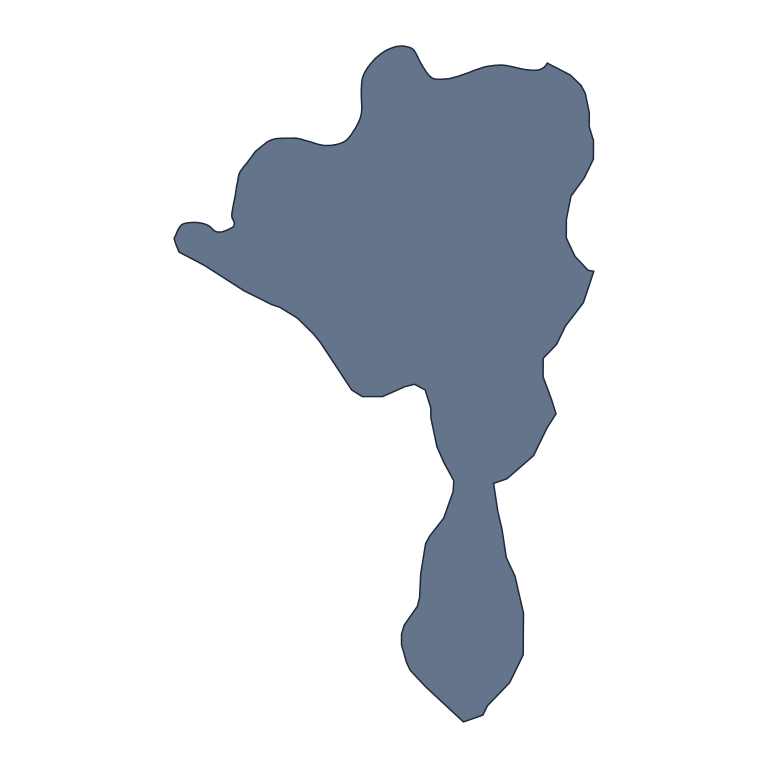 Usi, Chagang-do, North Korea (Natural Earth projection)
{"feature_id": "82179303B10804861284408", "entity_name": "Usi", "entity_type": "district", "adm_level": 2, "iso_a3": "PRK", "parent_name": "North Korea", "parent_adm1": "Chagang-do", "projection": "natural_earth1", "projection_center": [125.541, 40.577], "detail": "fine", "context": "isolated", "style": "filled", "palette": "slate", "viewbox_px": 768, "rotation_deg": 0, "n_neighbors": 0, "source": "geoboundaries", "source_scale": "gbopen_adm2", "svg_char_len": 5842}
<svg xmlns="http://www.w3.org/2000/svg" viewBox="0 0 768 768"><path d="M547.3,63.1L547.2,63.3L546.5,64.3L545.9,65.3L545.1,66.1L544.4,66.9L543.4,67.8L542.2,68.5L541.1,69.0L539.9,69.5L538.5,69.9L537.2,70.1L535.4,70.2L533.4,70.2L531.6,70.2L529.7,70.0L528.2,69.9L526.5,69.7L524.9,69.5L523.2,69.2L521.2,68.8L519.8,68.5L518.6,68.2L517.0,67.8L515.6,67.5L514.0,67.1L512.6,66.8L511.3,66.5L509.0,66.1L506.9,65.6L505.1,65.4L503.7,65.2L501.8,65.1L500.5,65.1L498.9,65.1L497.6,65.2L496.5,65.3L495.1,65.3L493.8,65.5L492.1,65.8L490.3,65.9L488.5,66.2L487.2,66.4L485.7,66.7L484.2,67.1L482.7,67.5L481.3,68.0L479.6,68.6L478.3,69.0L476.8,69.5L475.4,70.0L473.8,70.5L472.1,71.2L470.6,71.9L468.9,72.5L467.6,73.0L466.3,73.5L465.0,73.9L463.6,74.4L462.0,74.9L460.6,75.4L459.1,76.0L458.1,76.3L457.2,76.5L456.1,76.8L454.7,77.2L453.2,77.5L451.7,78.1L450.4,78.4L448.5,78.7L447.0,78.8L445.2,79.0L444.1,79.1L442.6,79.3L441.3,79.3L439.8,79.3L438.5,79.3L437.3,79.2L436.1,79.1L434.8,78.9L433.6,78.7L432.5,78.2L431.6,77.6L430.7,76.9L429.6,75.9L428.6,75.0L427.8,73.9L427.0,72.8L426.3,71.9L425.6,71.0L425.1,70.1L424.4,69.0L423.8,68.1L423.1,67.1L422.5,65.9L422.0,65.1L421.3,64.0L420.7,62.9L420.1,61.9L419.5,60.7L418.9,59.5L418.3,58.1L417.8,57.0L417.2,56.0L416.7,54.8L416.1,53.7L415.5,52.7L414.9,51.7L414.1,50.5L413.5,49.7L412.6,49.0L411.9,48.5L411.0,48.0L410.0,47.6L408.8,47.2L407.5,46.9L406.6,46.7L405.2,46.3L404.1,46.2L402.8,46.1L401.3,46.1L399.7,46.2L399.1,46.2L398.1,46.3L396.9,46.5L395.5,46.8L394.3,47.1L393.2,47.4L392.0,47.9L390.6,48.4L389.4,48.9L388.2,49.4L387.1,49.9L385.8,50.6L384.6,51.3L383.3,52.1L382.3,52.9L381.1,53.7L380.1,54.4L379.1,55.3L378.3,56.0L377.4,56.7L376.5,57.5L375.4,58.3L374.6,59.2L373.8,60.1L373.0,61.0L372.2,62.0L371.7,62.6L371.1,63.2L370.4,64.1L369.6,65.0L368.9,66.1L368.0,67.1L367.3,68.2L366.7,69.2L366.0,70.2L365.2,71.6L364.5,72.8L364.0,73.9L363.5,74.9L363.1,76.1L362.8,77.1L362.5,78.3L362.1,79.4L362.0,80.5L361.9,81.5L361.8,83.0L361.5,84.5L361.5,85.2L361.5,86.8L361.4,88.1L361.3,89.7L361.3,91.4L361.3,92.7L361.3,94.7L361.3,96.5L361.4,98.4L361.5,100.2L361.5,101.9L361.7,103.7L361.7,105.2L361.8,106.8L361.8,108.2L361.7,109.7L361.6,111.5L361.5,112.4L361.4,113.3L361.0,114.8L360.8,116.3L360.2,117.9L359.9,119.0L359.4,120.2L358.9,121.3L358.3,122.7L357.7,123.9L357.1,125.1L356.4,126.5L355.7,127.8L354.9,128.9L354.3,129.9L353.4,131.2L352.6,132.5L351.7,133.9L351.1,134.9L350.4,135.8L349.5,136.9L348.6,138.0L347.8,138.8L347.0,139.7L345.9,140.6L344.6,141.4L343.2,142.2L342.0,142.8L340.6,143.3L339.0,143.8L337.5,144.2L335.9,144.6L334.2,144.8L332.5,145.2L330.8,145.4L329.9,145.4L328.1,145.5L326.6,145.5L325.0,145.5L322.8,145.3L321.5,145.0L319.8,144.7L318.0,144.3L316.4,143.8L314.8,143.3L313.1,142.7L311.3,142.1L309.6,141.6L307.2,141.0L305.2,140.4L304.0,140.1L302.4,139.5L300.7,139.0L298.6,138.6L297.1,138.3L295.8,138.2L294.2,138.1L292.6,138.1L291.0,138.2L289.3,138.2L287.7,138.2L285.6,138.2L284.0,138.3L282.7,138.3L281.0,138.3L279.3,138.4L277.9,138.5L276.7,138.6L275.4,138.8L274.3,139.0L273.3,139.3L272.4,139.6L271.4,139.9L270.3,140.4L269.1,140.8L268.3,141.4L267.7,141.7L267.0,142.1L265.9,142.9L264.9,143.8L263.7,144.7L262.7,145.5L261.6,146.4L260.7,147.1L259.8,147.8L258.9,148.5L258.0,149.3L257.0,150.1L256.1,150.8L255.3,151.6L254.7,152.3L254.0,153.4L253.2,154.4L252.5,155.5L251.7,156.5L250.8,157.7L249.9,159.0L248.9,160.2L248.0,161.4L247.7,162.0L246.9,163.0L246.1,163.9L245.2,164.9L244.4,165.8L243.8,166.6L243.1,167.5L242.6,168.3L241.9,169.3L241.2,170.2L240.6,171.0L239.9,172.1L239.4,173.2L239.0,174.2L238.6,175.4L238.4,176.9L238.1,178.5L238.0,179.6L237.8,181.0L237.3,182.9L236.9,184.7L236.5,186.8L236.3,188.6L236.0,190.3L235.7,191.8L235.6,193.3L235.4,194.7L235.2,196.1L234.8,197.6L234.6,198.9L234.2,200.6L233.9,202.1L233.6,203.5L233.3,205.1L233.2,206.1L233.0,206.8L232.7,208.4L232.5,209.7L232.2,211.1L232.0,212.6L231.9,213.8L231.8,215.0L231.8,216.1L232.0,217.4L232.4,218.6L233.1,219.9L233.8,221.3L234.0,222.3L234.3,223.1L234.3,224.0L234.1,225.1L233.9,225.9L233.3,226.6L232.7,227.2L231.7,227.8L230.8,228.3L229.7,228.8L228.6,229.4L227.6,229.9L226.5,230.3L225.4,230.7L224.3,231.1L223.4,231.4L222.6,231.7L221.7,232.0L220.3,232.0L219.0,232.0L218.1,232.0L217.1,231.9L216.2,231.7L215.5,231.3L214.6,230.8L213.8,230.3L213.1,229.7L212.5,229.1L211.8,228.3L210.8,227.4L210.1,226.7L209.0,225.9L207.9,225.3L206.6,224.7L205.3,224.2L204.1,223.8L202.7,223.4L201.7,223.3L200.6,223.0L199.4,222.8L198.1,222.6L196.9,222.5L195.4,222.4L194.4,222.4L192.8,222.4L191.3,222.5L190.0,222.6L188.7,222.7L187.5,222.9L186.2,223.1L185.2,223.3L184.3,223.6L183.4,223.9L182.6,224.2L182.0,224.6L181.3,225.1L180.6,225.7L180.2,226.3L179.7,227.0L178.9,228.2L178.4,229.2L177.8,230.2L177.2,231.3L176.8,232.5L176.3,233.7L175.9,234.6L175.5,235.5L175.0,236.4L174.8,237.2L174.7,237.3L174.2,238.3L174.2,239.0L174.5,240.0L174.8,240.9L175.1,242.0L175.5,243.1L175.8,244.1L176.4,245.6L177.0,247.0L177.6,248.5L178.1,249.8L178.5,250.7L178.9,251.5L179.1,252.1L204.9,265.7L244.0,290.8L271.5,304.5L279.8,307.3L297.5,318.2L313.7,334.2L320.5,342.7L351.7,390.0L362.3,396.6L382.6,396.6L404.8,386.7L414.6,384.3L425.2,390.0L430.8,408.0L430.9,417.9L436.9,446.7L444.0,462.8L453.8,480.7L453.1,491.6L443.7,518.1L429.7,536.0L425.6,543.6L420.7,573.8L419.6,597.5L417.3,606.4L404.1,625.3L401.5,634.3L401.5,644.7L406.4,662.2L410.2,670.3L425.6,686.8L433.7,694.3L463.4,721.9L482.9,715.1L487.4,705.8L500.8,691.9L509.7,682.6L514.2,673.4L523.2,654.8L523.3,640.9L523.3,631.7L523.4,624.7L523.5,613.1L519.2,594.6L515.0,576.1L506.3,557.6L502.1,529.8L497.8,511.2L493.6,483.4L506.9,478.8L533.6,455.6L538.1,446.3L547.1,427.8L556.0,413.9L551.7,400.0L543.1,376.8L543.2,358.3L556.6,344.4L565.6,325.9L583.4,302.7L593.8,271.3L588.1,270.3L575.0,256.4L566.3,237.9L566.4,219.3L571.0,196.2L584.4,177.7L593.4,159.1L593.5,140.6L589.2,126.7L589.3,112.8L585.3,93.4L581.1,85.4L570.3,75.0L547.3,63.1Z" fill="#64748b" stroke="#1e293b" stroke-width="1.5"/></svg>